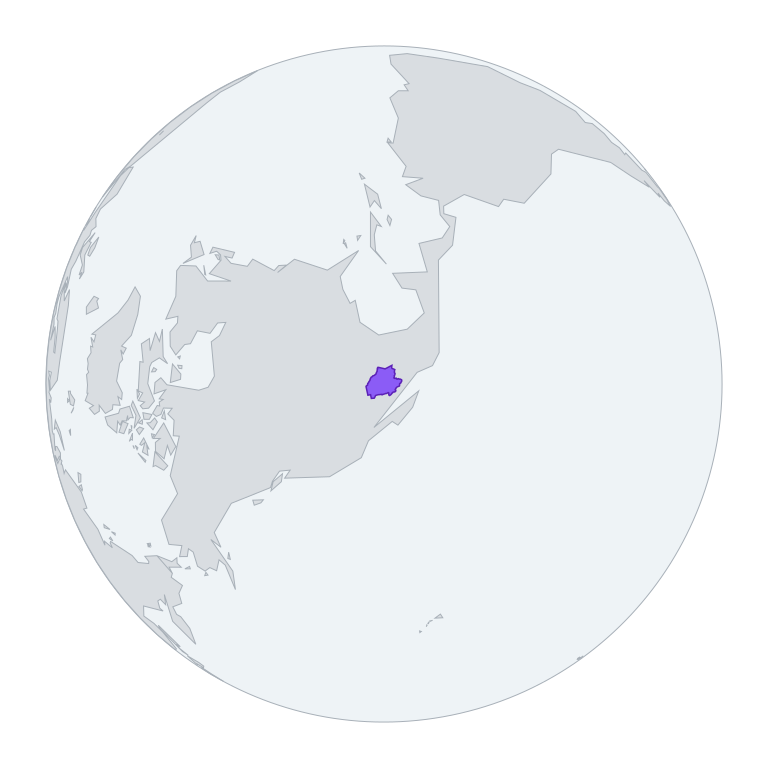 globe centered on Chihuahua, rotated 257°
{"feature_id": "MEX-2709", "entity_name": "Chihuahua", "entity_type": "State", "adm_level": 1, "iso_a3": "MEX", "parent_name": "Mexico", "parent_adm1": "", "projection": "orthographic", "projection_center": [-106.749, 28.699], "detail": "fine", "context": "on_globe", "style": "filled", "palette": "violet", "viewbox_px": 768, "rotation_deg": 257, "n_neighbors": 0, "source": "natural_earth", "source_scale": "10m", "svg_char_len": 12768}
<svg xmlns="http://www.w3.org/2000/svg" viewBox="0 0 768 768"><g transform="rotate(257 384 384)"><circle cx="384" cy="384" r="338" fill="#eef3f6" stroke="#a8b0b8"/><path d="M73.1,511.0L73.9,513.2L73.8,513.3L73.1,511.0ZM543.9,482.1L536.5,480.6L530.2,491.6L503.8,482.0L492.5,464.9L402.2,444.8L391.0,435.4L387.9,418.9L343.9,364.4L369.5,416.3L354.9,406.7L340.8,388.3L345.7,383.6L332.2,356.1L317.3,345.3L305.9,310.1L314.6,266.0L321.2,273.2L322.6,262.6L314.3,253.4L308.6,250.1L302.1,208.4L277.5,185.2L261.6,188.4L271.5,180.3L235.7,194.6L217.1,193.0L243.2,188.6L249.8,183.7L239.7,178.9L244.3,173.0L242.0,167.6L248.4,161.3L263.1,160.3L267.5,156.4L260.1,153.5L261.8,146.0L272.0,150.7L276.1,138.4L301.5,136.6L323.6,158.2L342.8,155.1L379.2,172.8L381.0,167.0L395.9,171.3L403.5,166.6L408.0,172.1L410.2,163.7L404.5,159.7L403.6,154.9L407.5,152.0L414.1,158.2L413.0,160.5L417.0,160.9L418.6,165.4L420.1,161.6L427.5,170.1L426.1,157.7L437.0,161.2L440.3,168.0L432.1,172.3L419.6,202.1L420.4,211.9L429.8,220.5L464.0,225.2L468.2,234.6L479.6,243.7L480.9,235.6L472.5,225.9L477.8,214.1L466.8,204.5L467.3,198.7L459.2,187.7L468.9,184.2L482.8,187.2L490.0,196.5L496.3,198.4L496.3,186.0L516.3,200.9L541.0,207.5L545.3,212.5L541.3,227.3L524.0,235.3L518.7,258.1L530.8,238.6L541.2,253.0L546.6,253.8L551.0,250.8L550.4,243.7L555.8,248.1L545.9,268.0L540.9,264.3L544.1,257.7L536.0,262.1L529.4,277.3L535.2,284.2L519.2,302.5L523.1,308.1L521.8,315.7L516.6,305.4L525.7,324.8L507.7,354.4L519.8,389.3L498.6,365.5L485.4,365.2L470.2,369.1L472.0,374.8L449.5,374.5L432.9,389.9L432.2,419.0L444.2,439.2L468.6,436.2L473.4,423.1L489.9,417.3L483.5,451.4L513.1,449.7L513.2,473.6L522.6,483.5L536.2,476.8L550.6,478.5L559.0,462.3L573.3,450.0L575.7,468.4L581.9,448.6L591.1,454.5L618.2,441.9L616.7,447.1L639.9,457.8L661.5,454.1L666.5,463.9L664.3,473.5L671.0,470.9L671.0,476.0L694.1,462.8L703.0,463.4L700.7,480.9L689.4,510.0L669.9,556.4L647.0,584.3L635.0,602.0L606.5,632.1L593.5,638.9L590.9,645.5L578.4,654.9L568.2,660.1L561.1,666.6L553.3,670.2L554.7,671.5L534.4,683.3L531.3,686.8L514.5,694.8L512.8,696.1L509.2,697.5L503.5,699.7L500.5,701.0L493.0,702.8L499.4,698.3L508.4,693.9L503.8,694.9L523.7,683.1L516.0,686.8L531.3,671.3L548.9,654.7L573.5,606.8L570.3,598.9L551.1,593.9L528.6,561.3L537.1,542.2L531.1,535.5L550.6,504.8L543.9,482.1ZM143.0,388.7L144.4,381.0L147.1,387.2L143.0,388.7ZM142.8,375.4L142.8,378.2L142.4,375.6L142.8,375.4ZM140.9,372.9L142.3,374.7L140.5,373.4L140.9,372.9ZM138.0,370.6L139.7,371.6L139.4,371.8L138.0,370.6ZM520.9,401.7L554.6,409.5L538.1,416.8L540.7,412.8L531.6,408.1L515.6,405.7L500.3,413.3L520.9,401.7ZM134.5,364.7L133.7,363.0L135.4,363.1L134.5,364.7ZM530.2,378.4L524.5,378.6L529.7,376.9L530.2,378.4ZM305.3,249.8L313.7,254.0L319.4,264.9L311.9,262.0L305.3,249.8ZM295.1,230.3L300.3,230.0L298.3,240.4L295.9,237.3L295.1,230.3ZM249.1,192.6L255.1,194.8L247.7,194.8L249.1,192.6ZM240.6,168.1L237.4,169.5L237.6,166.2L240.6,168.1ZM454.5,190.5L456.8,189.1L457.1,191.8L454.5,190.5ZM448.7,187.2L447.4,191.3L444.4,190.4L445.3,187.9L448.7,187.2ZM247.5,153.7L248.7,148.4L250.0,153.5L247.5,153.7ZM451.1,182.4L439.4,188.3L434.3,186.8L433.5,176.1L451.1,182.4ZM251.1,145.2L253.9,133.4L247.1,135.2L267.8,124.1L258.6,137.3L261.3,143.1L255.9,142.1L251.1,145.2ZM401.0,159.7L407.2,163.9L398.4,163.2L401.0,159.7ZM395.6,160.6L369.9,167.1L362.7,160.2L372.8,159.1L360.6,152.9L369.8,146.2L378.5,148.1L381.3,153.7L382.7,147.0L395.6,160.6ZM278.8,120.4L281.7,117.7L281.5,120.4L278.8,120.4ZM402.5,152.9L398.0,154.6L391.4,148.6L399.4,144.2L398.9,147.5L402.5,152.9ZM352.9,154.9L349.5,150.0L355.9,143.1L355.5,140.4L369.4,145.5L352.9,154.9ZM402.4,147.4L403.6,142.2L410.3,142.6L406.5,151.0L402.4,147.4ZM386.4,149.0L383.7,146.1L387.8,146.2L386.4,149.0ZM434.6,142.1L429.3,143.6L425.5,140.5L434.6,142.1ZM403.6,140.3L401.3,140.2L399.2,139.4L401.3,136.2L403.6,140.3ZM373.0,140.5L376.4,138.9L367.6,138.0L372.1,133.3L380.6,137.7L378.8,133.9L380.2,132.5L385.5,137.7L373.0,140.5ZM397.0,130.5L409.3,135.3L420.1,132.9L423.8,135.4L405.9,139.0L397.0,130.5ZM389.8,134.2L395.1,132.4L397.1,136.2L394.6,139.8L389.8,134.2ZM372.1,128.7L363.0,134.8L361.5,133.7L372.1,128.7ZM399.8,128.9L396.7,127.9L400.3,128.3L399.8,128.9ZM380.2,127.8L377.2,129.9L375.5,128.6L380.2,127.8ZM393.2,124.2L397.2,125.6L395.7,127.9L393.2,124.2ZM386.9,125.2L385.4,122.9L392.7,127.9L385.9,126.3L386.9,125.2ZM379.1,126.2L377.1,126.1L380.6,125.5L379.1,126.2ZM396.7,114.9L406.3,120.8L403.0,125.7L394.1,119.3L396.7,114.9ZM501.8,700.7L492.4,703.3L499.5,701.4L510.6,697.1L513.0,696.3L501.8,700.7ZM533.4,687.1L533.0,687.3L535.0,686.3L533.4,687.1ZM717.8,331.4L710.8,311.0L705.2,290.2L697.6,274.1L653.3,186.1L651.3,179.9L629.4,151.6L646.1,170.8L661.4,191.1L675.1,212.5L687.2,234.8L697.6,258.1L706.2,282.0L712.9,306.5L717.8,331.4ZM588.3,114.8L588.5,115.3L595.6,120.7L602.8,126.5L601.8,126.5L616.2,141.3L646.3,174.2L652.2,184.1L651.8,188.4L629.0,166.6L618.3,147.1L610.1,140.5L602.1,138.8L599.5,133.5L595.0,130.9L589.9,124.2L572.9,111.3L566.2,105.1L549.9,97.5L544.3,93.6L555.6,98.9L559.8,99.9L542.2,86.9L536.0,83.6L526.8,80.1L523.1,77.5L516.4,75.9L501.6,69.0L514.1,76.5L503.6,74.1L489.4,69.3L488.2,70.2L511.4,78.3L518.6,80.5L521.1,80.0L542.7,89.2L550.9,94.4L536.8,91.1L546.8,98.8L531.5,94.1L478.4,72.9L461.2,66.5L453.0,57.6L462.6,59.1L470.3,62.6L472.0,60.2L467.6,59.9L464.6,58.3L453.8,56.8L451.1,55.7L445.4,56.6L440.8,55.1L444.6,54.5L424.8,52.4L412.8,50.2L409.6,50.4L409.6,51.2L394.4,48.7L392.7,49.0L397.1,49.8L396.5,51.3L389.7,53.2L384.8,52.2L386.6,51.3L383.1,48.7L388.7,47.4L386.0,47.3L380.0,48.3L384.3,51.4L381.5,52.9L378.1,51.1L379.1,51.9L376.2,52.4L368.8,52.2L372.0,54.3L346.8,64.8L329.9,66.6L329.7,63.1L306.9,72.5L289.7,75.8L293.7,76.3L285.5,82.5L290.8,81.4L292.1,82.2L273.5,100.0L265.4,104.2L262.0,114.3L264.0,114.9L269.9,112.2L267.8,124.1L247.1,135.2L243.5,133.2L233.0,142.3L226.2,137.1L215.7,137.6L214.4,128.1L206.2,130.1L203.0,133.6L189.5,139.8L172.7,142.1L200.3,124.7L228.3,122.6L218.1,121.6L224.6,117.6L223.5,114.8L215.9,115.1L212.5,117.7L221.8,99.8L211.9,97.8L202.5,106.0L192.0,112.7L172.5,122.2L172.0,120.9L190.8,106.7L210.7,93.9L231.4,82.5L252.8,72.6L274.8,64.2L297.4,57.4L320.5,52.1L343.8,48.5L367.3,46.5L390.9,46.2L414.5,47.5L437.9,50.4L461.1,55.0L483.8,61.2L506.1,68.9L527.8,78.2L548.8,89.0L569.0,101.2L588.3,114.8ZM677.1,221.1L680.3,226.2L677.1,221.1ZM619.0,441.3L622.6,443.3L618.4,445.4L619.0,441.3ZM537.1,425.4L543.6,424.0L547.5,426.0L542.7,428.4L537.1,425.4ZM588.5,408.3L595.2,407.3L588.8,411.7L588.5,408.3ZM559.6,410.2L583.1,409.9L570.4,420.5L555.4,420.9L564.9,415.9L559.6,410.2ZM529.9,390.6L534.2,390.9L533.9,394.8L529.9,390.6ZM533.9,377.3L532.5,378.1L529.7,375.7L533.9,377.3ZM541.8,251.8L542.7,250.3L547.9,248.6L546.8,252.2L541.8,251.8ZM562.7,226.7L570.9,234.4L564.3,231.0L564.4,236.9L550.6,237.8L546.7,215.2L550.9,224.9L562.7,226.7ZM531.1,234.0L540.3,235.1L530.4,234.8L531.1,234.0ZM574.7,126.0L576.3,124.4L583.1,128.7L591.4,139.2L581.7,132.8L574.7,126.0ZM577.0,121.5L560.7,116.7L554.8,110.8L560.9,114.8L558.7,111.4L567.8,116.9L578.1,117.0L584.8,121.0L596.5,136.6L589.0,128.9L587.9,130.6L577.0,121.5ZM529.4,122.8L522.3,122.9L518.9,109.7L525.9,111.3L534.7,121.2L531.5,125.1L529.4,122.8ZM451.8,163.3L449.3,165.8L447.5,163.8L448.1,160.2L451.8,163.3ZM432.5,143.0L460.8,151.2L459.4,154.2L477.7,156.6L481.1,165.7L469.1,163.6L485.4,172.9L476.0,174.8L487.4,180.4L460.4,175.0L452.5,177.7L460.0,171.0L457.2,162.5L453.5,159.6L437.5,153.9L419.1,156.5L413.4,149.2L414.1,143.4L417.7,141.6L420.3,146.7L423.1,140.8L429.6,146.9L432.5,143.0ZM426.7,91.4L428.3,96.1L435.0,89.1L441.6,93.5L441.9,92.5L449.8,94.9L460.1,96.3L461.9,98.9L465.1,98.4L470.4,100.3L475.4,100.7L480.4,105.6L486.9,106.6L485.6,108.5L495.5,109.0L490.3,110.9L496.7,114.2L498.3,110.6L513.1,140.8L523.3,153.4L534.6,163.3L524.3,166.4L507.1,159.7L488.3,148.8L480.0,136.8L476.9,140.9L471.9,136.6L476.5,135.2L466.6,134.9L463.7,131.1L447.0,124.1L434.4,127.0L427.9,124.9L431.5,121.9L422.6,122.1L424.8,115.2L420.3,113.7L418.0,105.9L427.4,101.7L421.5,100.5L419.5,95.1L426.7,91.4ZM396.5,112.6L406.2,105.5L414.6,104.8L415.2,118.8L419.0,121.1L419.6,131.0L407.5,132.1L408.4,129.0L406.5,126.4L411.0,127.1L405.9,124.6L407.1,120.6L403.4,117.7L407.6,116.1L396.5,112.6ZM615.5,138.1L612.6,135.3L618.6,140.8L621.1,143.3L615.5,138.1ZM605.8,129.5L611.9,134.7L610.1,133.4L605.8,129.5ZM552.3,96.6L548.6,93.9L550.2,94.4L554.6,96.7L552.3,96.6ZM448.0,74.8L447.6,76.8L445.3,76.4L438.0,79.1L432.5,76.5L434.8,73.8L448.0,74.8ZM440.9,72.4L438.5,73.7L437.3,71.6L440.9,72.4ZM428.2,74.8L425.9,72.5L431.0,76.5L428.2,74.8ZM391.1,57.6L407.3,56.2L415.3,54.7L414.2,52.6L422.7,55.6L410.3,57.8L391.1,57.6ZM352.8,63.7L353.9,66.4L348.8,66.4L347.9,65.8L352.8,63.7ZM356.7,64.5L366.5,65.9L364.2,68.3L356.8,66.6L356.7,64.5ZM404.2,67.1L409.4,66.7L410.3,68.2L404.2,67.1ZM71.7,511.1L74.3,517.0L72.6,514.0L71.7,511.1ZM73.8,513.3L71.8,510.0L73.1,511.0L73.8,513.3ZM142.2,147.9L141.1,149.1L148.3,142.4L148.7,142.7L140.1,150.9L130.3,160.8L142.2,147.9ZM151.8,139.3L163.5,131.2L154.2,141.0L149.6,144.9L148.1,144.3L153.1,139.1L151.8,139.3ZM163.6,132.3L168.6,127.5L196.2,110.7L199.7,109.8L173.8,126.4L177.1,122.9L171.9,125.7L163.6,132.3ZM278.5,117.6L281.4,117.7L277.8,119.4L278.5,117.6ZM295.2,81.6L296.4,83.0L292.1,84.5L295.2,81.6ZM297.3,88.0L301.4,85.2L299.1,88.5L297.3,88.0ZM310.1,79.4L303.9,84.3L306.9,79.1L310.1,79.4Z" fill="#d9dde1" stroke="#a8b0b8" stroke-width="1"/><path d="M376.7,365.8L385.2,365.9L385.3,366.0L385.6,366.0L385.8,366.0L386.0,366.2L386.1,366.4L386.2,366.6L386.3,367.0L386.6,367.4L386.6,367.5L386.9,367.7L386.9,367.8L387.1,367.8L387.3,367.9L387.4,368.0L387.5,368.0L388.0,368.2L388.0,368.3L388.1,368.5L388.3,368.6L388.5,368.7L388.9,369.2L388.9,369.3L389.3,369.6L389.5,369.7L389.6,369.8L389.8,369.9L389.9,370.0L390.0,370.3L390.2,370.5L390.3,370.7L390.7,371.0L391.0,371.2L391.0,371.3L391.5,371.5L391.8,371.5L392.0,371.7L392.0,371.8L392.4,372.1L392.5,372.1L392.8,372.3L392.9,372.5L393.0,372.6L393.4,372.9L393.5,373.0L393.6,373.3L393.6,373.5L393.6,373.8L393.8,374.0L394.0,374.3L394.1,374.6L394.3,374.8L394.5,375.0L394.5,375.4L394.5,375.6L394.5,375.8L394.5,376.1L394.6,376.4L394.6,376.5L394.7,376.8L394.8,376.9L394.9,377.2L395.0,377.3L395.2,377.5L395.3,377.9L395.3,378.0L395.4,378.3L395.7,378.4L395.8,378.5L396.3,378.9L396.4,379.0L396.5,379.0L396.8,379.1L397.0,379.2L397.1,379.4L397.3,379.6L397.6,379.8L397.8,380.1L398.0,380.2L398.5,380.3L398.8,380.4L399.2,380.4L399.3,380.5L399.7,380.9L399.8,381.0L400.3,381.1L400.5,381.1L400.6,381.3L400.8,381.5L401.1,381.6L401.3,381.8L401.5,381.8L401.5,381.7L401.6,381.8L401.3,382.7L400.9,383.5L400.5,384.3L400.1,385.2L399.5,386.4L399.1,387.3L398.9,387.7L398.5,388.4L398.9,390.1L399.8,393.5L400.1,394.6L400.4,395.9L398.8,395.3L398.6,395.2L398.4,395.2L397.9,395.2L397.7,395.2L397.5,395.3L397.2,395.5L397.1,395.8L396.7,396.3L395.8,397.6L395.6,397.8L395.4,397.7L395.2,397.6L395.0,397.4L394.7,397.2L394.4,397.1L394.1,397.0L393.5,396.9L393.4,396.9L393.2,397.0L392.8,396.8L392.7,396.7L392.0,396.9L391.8,397.1L391.6,397.1L390.3,396.5L390.2,396.4L389.9,396.1L389.7,395.8L389.4,395.8L389.2,395.8L388.7,395.7L388.1,395.2L387.8,395.0L387.7,395.1L387.5,395.5L387.4,395.5L387.3,395.4L387.2,395.4L387.1,395.5L387.1,395.9L387.1,396.0L387.1,396.3L386.9,396.4L386.8,396.5L386.8,396.8L386.9,397.1L386.9,397.3L385.8,397.7L385.7,397.8L385.7,398.1L385.9,398.5L386.0,398.9L386.0,399.1L385.9,399.4L385.9,399.5L385.7,399.7L385.4,399.7L385.3,399.8L385.2,400.0L385.2,400.4L385.1,401.0L384.4,401.8L384.3,402.0L384.2,402.1L383.9,402.1L383.6,402.1L383.0,402.0L382.9,401.9L382.7,401.8L382.5,401.7L382.4,401.6L382.2,401.4L382.1,401.2L381.9,401.0L381.7,400.9L381.4,400.8L381.3,400.7L381.3,400.4L381.2,400.3L381.2,400.2L380.9,399.9L380.9,399.6L380.9,399.4L380.6,399.2L379.0,398.8L378.7,398.7L378.5,398.4L378.4,397.4L378.3,397.1L378.3,396.7L378.3,396.4L378.2,396.1L377.9,395.7L377.7,395.4L377.4,395.1L377.3,394.9L377.3,394.6L377.2,394.4L376.9,394.3L376.6,394.3L376.4,394.1L376.2,393.9L376.1,393.7L375.9,393.6L375.7,393.7L375.4,393.7L375.2,393.8L375.1,394.0L374.9,394.0L374.9,393.8L374.7,393.8L374.4,393.7L374.2,393.3L374.0,393.0L373.9,392.9L373.8,392.7L374.0,392.3L374.0,392.2L374.1,391.9L374.0,391.7L374.0,391.3L374.0,391.2L374.0,390.9L373.9,390.7L373.7,390.6L373.5,390.4L373.4,390.3L373.4,390.2L373.5,390.0L372.9,389.5L372.9,389.3L372.8,389.1L372.3,388.7L372.2,388.6L371.5,387.0L371.5,386.8L371.6,386.7L371.8,386.5L371.9,386.4L372.0,386.4L372.4,386.3L372.7,386.3L372.9,386.3L373.2,386.4L373.9,386.6L374.1,386.6L374.3,386.6L374.7,386.2L374.7,385.9L374.4,385.2L374.2,384.5L374.2,384.3L374.2,384.1L374.4,383.7L374.3,383.4L374.3,383.2L374.1,380.9L373.9,379.8L374.3,379.8L374.4,379.7L374.7,377.1L374.7,376.6L374.8,376.4L374.9,376.1L374.8,374.4L374.8,374.1L374.7,373.4L374.7,373.2L374.4,372.9L374.1,372.7L373.9,372.6L373.7,372.5L372.5,371.5L372.4,371.4L372.4,371.1L372.6,369.9L372.8,368.4L376.6,368.5L376.7,365.8Z" fill="#8b5cf6" stroke="#5b21b6" stroke-width="1.5"/></g></svg>